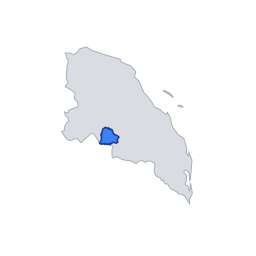 Danli, El Paraíso, Honduras shown in context, rotated 56°
{"feature_id": "27666195B70228202857481", "entity_name": "Danli", "entity_type": "district", "adm_level": 2, "iso_a3": "HND", "parent_name": "Honduras", "parent_adm1": "El Paraíso", "projection": "orthographic", "projection_center": [-86.384, 14.061], "detail": "fine", "context": "in_parent", "style": "filled", "palette": "blue", "viewbox_px": 256, "rotation_deg": 56, "n_neighbors": 0, "source": "geoboundaries", "source_scale": "gbopen_adm2", "svg_char_len": 4801}
<svg xmlns="http://www.w3.org/2000/svg" viewBox="0 0 256 256"><g transform="rotate(56 128 128)"><path d="M225.2,119.3L217.2,119.0L213.4,120.0L211.8,122.3L210.3,123.3L209.1,123.1L206.7,124.0L203.1,126.1L199.8,126.8L196.9,126.4L196.1,126.9L195.8,127.6L195.4,128.2L194.3,128.5L193.0,128.4L191.5,127.7L190.7,128.0L190.6,129.3L189.8,129.7L188.3,129.1L186.7,129.5L184.8,131.1L182.2,131.5L178.8,130.6L176.1,128.9L174.2,126.4L172.0,125.8L168.1,127.7L166.5,129.9L166.1,131.2L166.5,132.4L165.8,133.2L164.0,133.6L162.6,135.1L161.7,137.7L161.5,139.6L162.1,141.0L161.2,142.0L158.8,142.7L156.0,144.9L152.8,148.7L149.5,151.3L146.3,152.8L144.8,154.4L144.9,156.2L144.7,156.8L144.1,157.0L143.0,157.3L136.8,153.3L135.1,150.6L133.5,151.0L131.6,152.4L128.8,155.5L125.9,159.7L124.5,160.2L117.1,159.5L113.2,159.9L112.4,160.5L112.1,162.0L112.3,164.1L113.3,171.4L113.9,174.5L113.4,175.4L111.4,175.6L108.8,176.0L107.4,177.4L107.0,178.8L106.9,180.8L106.1,182.9L104.5,184.4L102.9,184.9L94.1,185.3L94.3,181.8L91.8,180.5L90.3,177.6L89.1,175.7L89.5,174.5L89.4,173.1L85.8,172.1L82.5,172.9L80.6,172.3L79.1,171.6L81.6,169.9L81.8,168.9L81.0,168.1L80.2,167.6L80.4,165.7L80.9,163.5L82.3,158.2L81.8,157.3L79.6,155.7L76.8,155.5L73.7,156.0L72.2,155.1L70.9,153.3L68.7,152.4L64.7,153.9L60.5,156.0L59.3,156.8L58.2,156.7L57.7,155.0L57.5,153.1L57.3,152.6L55.1,151.9L52.5,151.4L51.2,150.8L49.9,149.5L46.9,147.8L46.2,146.5L42.1,143.6L41.2,142.1L40.3,141.1L38.3,139.7L36.8,140.0L31.6,138.3L30.8,138.2L31.5,136.7L33.2,134.5L36.8,132.0L37.1,130.0L36.3,126.1L35.3,123.6L35.9,122.5L37.0,118.0L37.9,117.0L43.1,114.7L43.6,114.4L47.8,111.3L52.3,107.8L57.1,103.9L62.4,99.6L65.3,97.1L66.7,96.0L69.7,96.9L72.1,94.8L73.5,94.2L76.8,91.7L77.8,91.2L83.2,90.2L85.8,90.2L88.0,92.7L89.8,94.1L93.3,93.0L96.1,92.7L107.9,95.1L112.6,94.1L121.2,93.8L125.1,94.4L130.6,91.1L134.1,90.5L138.2,88.9L137.7,87.3L136.7,86.6L142.9,87.3L152.3,90.6L162.3,90.0L165.9,88.1L168.2,87.6L178.4,91.0L181.2,93.6L183.3,93.8L184.9,93.2L185.3,92.7L183.3,92.1L182.4,91.3L190.4,92.9L205.7,105.2L206.1,106.2L199.6,102.6L196.1,102.9L195.2,103.5L195.4,105.5L195.8,106.5L197.2,106.6L198.3,106.0L201.0,106.6L202.8,108.0L205.0,110.0L206.3,112.2L207.7,112.2L209.0,110.9L211.6,110.7L213.3,112.2L214.5,112.1L212.8,109.8L208.9,107.5L209.8,107.4L218.5,111.4L221.0,116.6L223.1,117.8L225.2,119.3ZM123.1,75.1L118.1,77.7L116.6,77.6L118.9,75.7L122.6,74.0L125.7,73.2L128.2,73.5L123.1,75.1ZM140.2,72.4L137.8,74.3L137.4,73.5L138.5,71.7L140.0,70.7L141.4,70.8L141.0,71.6L140.2,72.4Z" fill="#d9dde1" stroke="#a8b0b8" stroke-width="1"/><path d="M117.1,152.4L118.2,153.2L118.8,153.5L118.5,154.1L118.4,154.0L118.2,154.1L118.3,154.2L119.1,154.4L120.0,154.7L120.6,155.1L122.0,156.0L123.4,157.4L124.4,159.7L124.5,159.7L124.6,159.9L124.9,159.9L125.1,159.9L125.3,159.9L125.5,159.8L125.8,159.8L125.8,159.7L126.0,159.5L126.1,159.4L126.2,159.2L126.3,159.0L126.3,158.8L126.4,158.7L126.5,158.6L126.8,158.5L126.8,158.4L127.0,158.2L127.1,157.9L126.9,157.8L126.9,157.7L127.0,157.6L126.8,157.6L126.9,157.4L127.0,157.2L126.9,157.0L127.0,157.1L127.3,157.0L127.5,157.0L127.5,156.9L127.5,156.7L127.6,156.4L127.8,156.3L127.9,156.2L128.0,156.2L128.3,156.2L128.2,156.0L128.2,155.9L128.3,155.9L128.5,156.0L128.5,155.9L128.6,155.7L128.7,155.4L128.8,155.4L129.0,155.3L129.2,155.2L129.3,155.1L129.2,154.9L129.2,154.7L129.3,154.6L129.5,154.4L129.9,154.3L130.0,154.4L130.1,154.2L130.1,153.9L130.2,153.7L130.4,153.8L130.5,153.7L130.5,153.4L130.4,153.4L130.4,153.2L130.3,152.9L130.5,152.7L130.6,152.8L130.9,152.9L131.0,152.9L131.2,152.7L131.3,152.6L131.5,152.5L131.6,152.4L131.8,152.3L131.9,152.2L131.8,151.9L131.6,151.8L131.5,151.7L131.4,151.6L131.5,151.6L131.4,151.6L131.4,151.4L131.5,151.3L131.5,151.2L131.6,148.3L134.1,146.1L133.9,144.2L133.7,144.2L131.7,143.6L130.8,141.4L130.5,140.6L128.5,141.1L128.4,141.1L128.3,141.3L128.2,141.4L127.9,141.5L127.7,141.6L127.5,141.8L127.3,141.9L127.2,141.9L126.7,142.2L126.6,142.3L126.5,142.5L126.4,142.5L126.2,142.6L125.9,142.8L125.7,142.9L125.6,143.0L125.3,142.9L125.2,143.1L124.8,143.1L124.7,143.0L122.5,142.9L122.3,142.5L122.2,142.5L121.9,142.6L121.7,142.6L121.4,142.6L121.2,142.5L120.9,142.5L120.7,142.5L120.7,142.4L120.5,142.5L120.5,142.4L120.4,142.4L120.3,142.6L120.2,142.7L120.1,142.8L119.9,142.8L119.9,142.7L119.7,142.7L119.6,142.8L119.5,143.0L119.5,142.9L119.4,142.9L119.3,143.0L119.2,143.1L118.9,143.2L118.7,143.2L118.8,143.2L118.8,143.3L118.7,143.3L118.5,143.6L118.4,143.6L118.3,143.8L118.1,143.9L118.1,144.0L118.0,143.9L117.9,144.0L117.7,144.0L117.4,144.1L117.3,144.3L117.2,144.2L116.9,144.2L116.9,144.3L117.0,144.4L116.9,144.5L116.8,144.8L116.6,145.1L116.3,145.3L115.4,145.9L115.3,146.0L115.2,146.0L115.1,146.3L115.1,146.5L114.9,146.6L114.8,146.8L115.0,146.9L114.8,147.5L114.8,149.6L116.0,150.8L117.0,152.1L117.0,152.3L117.1,152.4Z" fill="#3b82f6" stroke="#1e3a8a" stroke-width="1.5"/></g></svg>